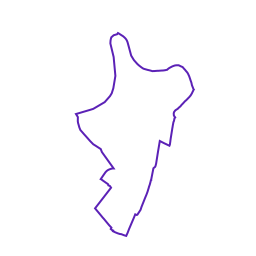 Fundeni, Galati, Romania (Albers equal-area conic projection), rotated 137°
{"feature_id": "2599482B42074396802829", "entity_name": "Fundeni", "entity_type": "district", "adm_level": 2, "iso_a3": "ROU", "parent_name": "Romania", "parent_adm1": "Galati", "projection": "albers", "projection_center": [27.553, 45.567], "detail": "fine", "context": "isolated", "style": "outline", "palette": "violet", "viewbox_px": 256, "rotation_deg": 137, "n_neighbors": 0, "source": "geoboundaries", "source_scale": "gbopen_adm2", "svg_char_len": 2750}
<svg xmlns="http://www.w3.org/2000/svg" viewBox="0 0 256 256"><g transform="rotate(137 128 128)"><path d="M206.9,91.7L207.4,82.6L207.6,79.7L207.6,78.2L208.1,69.9L208.1,66.4L208.8,66.1L209.5,65.9L209.3,64.4L209.1,63.7L208.8,63.1L209.4,62.8L208.6,60.7L207.4,58.1L206.3,56.1L205.3,54.9L204.1,52.4L202.9,50.3L202.6,50.4L201.5,50.9L200.0,51.5L196.1,53.4L189.1,56.5L184.6,58.5L181.6,59.9L181.1,58.6L180.3,58.2L175.8,59.3L174.6,59.6L171.9,61.1L163.0,65.3L160.1,66.6L157.3,68.0L153.3,70.3L153.1,70.5L150.6,71.8L147.9,73.5L146.9,74.2L146.5,74.1L146.3,74.4L136.9,81.2L136.1,81.2L134.7,81.1L133.7,81.5L131.7,82.8L122.1,90.3L117.0,94.2L113.6,96.8L111.9,92.1L109.8,86.8L108.7,87.3L106.1,89.4L105.3,90.1L104.8,90.5L103.8,91.3L97.0,96.6L95.6,97.7L94.9,98.2L93.5,99.3L90.9,101.2L90.8,101.3L89.6,101.8L88.2,102.8L87.4,103.4L86.3,103.5L86.1,105.0L85.9,105.9L84.7,107.4L83.6,108.2L81.7,108.6L81.1,108.6L80.5,108.5L79.4,108.3L78.6,108.1L77.7,108.2L76.9,108.2L74.9,108.1L74.2,108.2L73.5,108.3L72.9,108.4L72.4,108.4L72.0,108.4L69.3,108.6L68.4,108.7L67.2,108.7L66.8,108.6L64.8,108.7L64.4,108.7L63.2,108.8L62.2,108.8L61.5,108.9L60.8,109.0L60.4,109.0L60.0,109.1L59.2,109.3L58.2,109.6L57.5,109.8L56.6,110.2L55.2,110.7L54.0,111.2L53.9,111.3L53.7,111.3L53.7,111.5L52.2,115.3L52.0,115.8L51.2,117.1L50.8,117.8L50.5,118.4L49.7,120.3L49.6,120.5L49.4,120.9L48.0,124.0L47.9,124.3L47.2,126.4L46.8,128.0L46.7,130.6L46.6,131.4L46.6,131.9L46.6,133.2L46.5,135.3L47.3,137.1L48.1,139.2L48.3,139.4L48.4,139.6L49.1,140.2L49.5,140.6L50.4,141.3L51.0,141.7L51.8,142.1L52.3,142.3L53.0,142.6L53.8,142.9L54.6,143.1L55.6,143.4L56.5,143.6L56.9,143.7L57.4,143.8L58.5,143.9L59.7,143.9L60.0,144.1L60.3,144.3L61.2,144.8L61.8,145.2L62.8,145.9L63.3,146.3L63.9,146.8L64.6,147.4L66.5,148.9L67.5,149.8L67.9,150.1L68.5,150.6L69.8,151.6L70.2,152.0L71.1,152.7L71.3,152.9L71.4,153.0L72.8,155.3L74.0,157.1L74.8,158.4L76.0,160.4L76.3,161.0L76.4,161.3L76.4,161.5L76.6,162.2L76.8,163.1L77.2,165.5L77.3,166.3L77.4,166.8L77.4,167.4L77.4,167.7L77.5,168.1L77.5,168.4L77.4,173.3L77.3,174.0L76.3,178.8L75.5,180.3L72.1,186.7L69.8,191.1L69.1,193.0L68.8,194.8L68.8,196.4L69.0,198.4L70.0,202.3L70.6,204.3L72.0,204.0L75.2,205.6L78.4,205.7L80.0,204.7L81.2,203.8L83.2,201.9L90.1,189.7L101.7,174.7L111.6,167.1L116.2,164.5L119.4,163.6L127.4,162.8L140.4,165.7L143.7,167.3L150.3,170.6L155.9,173.4L156.5,173.7L157.2,170.2L160.1,167.2L161.1,165.7L162.0,163.9L163.2,161.6L164.2,159.0L164.4,153.0L164.4,151.7L164.6,144.2L164.5,139.8L163.8,137.2L162.3,131.2L163.5,128.2L165.8,110.4L166.1,108.2L167.0,109.0L168.8,110.0L170.6,110.7L171.8,111.0L173.0,111.1L174.7,111.0L178.4,110.2L182.8,109.2L182.6,108.7L182.0,105.6L180.9,100.4L181.5,99.5L180.8,97.9L181.1,95.9L197.0,93.3L206.9,91.7Z" fill="none" stroke="#5b21b6" stroke-width="2"/></g></svg>